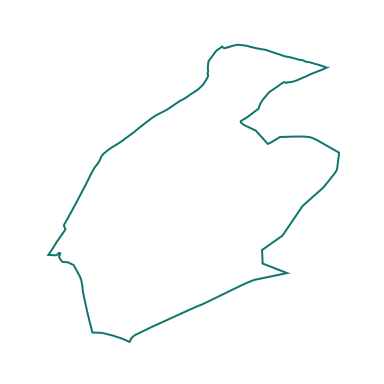 the district of Hinboon, Khammouan, Laos, rotated 82°
{"feature_id": "54806243B38020110154971", "entity_name": "Hinboon", "entity_type": "district", "adm_level": 2, "iso_a3": "LAO", "parent_name": "Laos", "parent_adm1": "Khammouan", "projection": "equal_earth", "projection_center": [104.427, 17.789], "detail": "fine", "context": "isolated", "style": "outline", "palette": "teal", "viewbox_px": 384, "rotation_deg": 82, "n_neighbors": 0, "source": "geoboundaries", "source_scale": "gbopen_adm2", "svg_char_len": 3105}
<svg xmlns="http://www.w3.org/2000/svg" viewBox="0 0 384 384"><g transform="rotate(82 192 192)"><path d="M285.5,109.1L272.7,132.0L259.2,130.7L247.8,108.5L221.1,84.3L205.9,61.4L201.1,56.2L194.1,48.9L192.3,47.1L191.2,46.2L190.1,45.4L188.9,45.0L175.8,41.4L174.6,41.2L173.9,41.0L173.4,41.0L157.7,61.4L155.0,65.7L154.2,67.5L153.2,71.2L152.6,73.9L151.2,84.4L150.0,95.3L149.9,96.1L149.8,96.6L149.9,97.4L150.1,98.1L150.5,98.8L154.4,108.1L154.6,109.1L154.8,109.9L154.8,110.3L140.1,120.3L132.5,131.7L130.7,133.3L129.6,134.0L129.1,134.1L128.8,134.0L128.5,133.7L127.4,131.0L126.2,128.2L125.1,125.9L118.6,114.3L116.2,113.3L114.8,112.5L113.1,111.3L111.1,109.6L109.0,107.4L107.7,105.9L106.0,104.1L104.3,102.2L103.7,101.2L96.8,87.6L96.3,86.2L96.1,85.7L96.0,85.3L96.7,84.1L97.1,83.5L96.7,81.9L96.9,77.4L96.0,72.5L94.3,66.5L93.4,63.0L91.8,58.1L90.4,52.1L89.0,46.3L87.6,41.5L87.5,41.9L86.7,42.7L82.9,50.7L79.7,58.0L78.8,61.3L78.7,61.4L77.4,63.1L76.5,65.2L75.8,67.9L74.3,71.3L72.7,74.8L71.8,77.5L71.1,79.7L69.8,82.8L67.6,86.9L66.9,88.5L64.6,93.1L62.9,96.6L61.4,99.5L60.7,101.8L58.3,109.2L57.2,111.7L56.5,113.8L55.3,116.2L54.4,118.9L53.4,122.8L52.9,124.9L52.6,125.8L52.6,126.7L52.5,127.0L52.5,127.3L52.6,127.7L52.6,127.8L52.7,128.2L52.7,128.4L52.7,128.8L52.7,129.2L52.7,129.4L52.7,129.5L52.8,129.8L52.8,130.0L52.9,130.3L52.9,130.6L52.9,130.9L52.9,131.1L52.9,131.4L52.9,131.7L53.0,131.8L53.1,132.3L53.1,132.5L53.1,132.8L53.1,133.0L53.2,133.3L53.2,133.5L53.3,133.5L53.4,133.8L53.3,134.3L53.3,134.5L53.4,134.8L53.4,135.0L53.4,135.3L53.5,135.4L53.7,135.6L53.8,136.0L53.8,136.3L53.8,136.5L53.7,136.7L53.6,136.8L53.6,137.0L53.7,137.4L53.8,137.6L53.9,137.8L54.0,138.2L54.0,138.3L54.0,138.5L54.0,138.8L54.1,139.0L54.0,139.3L54.0,139.5L54.1,139.9L54.1,140.2L53.9,140.5L52.2,142.0L53.0,143.4L55.1,147.5L56.5,149.5L58.1,150.9L61.7,154.4L63.6,156.4L65.1,157.5L67.1,158.1L70.7,159.0L72.8,159.1L75.0,159.3L75.8,159.6L76.3,160.0L77.0,160.1L78.1,159.8L79.0,159.9L80.0,160.2L81.6,161.3L87.2,166.1L90.8,171.0L92.5,174.1L95.2,180.0L98.2,185.8L99.9,190.5L100.9,193.0L102.7,196.6L105.8,202.7L107.0,205.3L107.9,207.8L109.9,213.8L111.3,217.6L113.7,222.3L117.2,228.6L121.4,235.9L124.7,241.2L129.4,249.9L133.0,256.6L134.4,259.8L136.2,264.1L138.7,269.2L142.0,274.5L144.7,277.2L146.6,278.3L148.0,279.1L150.1,280.8L154.3,285.1L158.0,287.9L158.6,288.4L169.2,295.7L169.3,295.7L171.4,297.3L185.4,307.3L195.8,315.0L196.7,315.7L203.3,320.6L206.9,323.4L208.4,323.4L210.9,322.6L212.1,323.1L222.2,332.5L225.6,335.4L228.4,337.7L231.8,340.7L234.3,343.0L235.4,337.5L235.7,335.5L235.1,334.1L233.8,332.2L234.4,331.0L235.7,331.6L236.9,332.7L238.7,332.3L240.9,331.5L243.2,329.9L244.4,324.5L247.9,319.4L249.3,318.8L253.6,317.2L260.6,314.6L262.5,314.2L264.2,313.9L268.2,313.7L275.9,313.9L296.6,312.4L317.4,310.2L317.8,307.0L318.1,305.2L318.5,303.6L319.0,300.7L320.5,296.8L321.7,294.0L323.1,290.5L327.4,281.7L331.8,274.6L330.7,274.0L329.8,273.4L328.6,272.6L327.4,271.1L326.4,269.6L325.5,267.6L320.0,250.5L308.0,210.1L305.8,202.1L304.6,197.2L295.9,170.3L291.0,155.1L288.8,147.2L288.0,144.0L287.7,142.3L285.5,109.1Z" fill="none" stroke="#0f766e" stroke-width="2"/></g></svg>